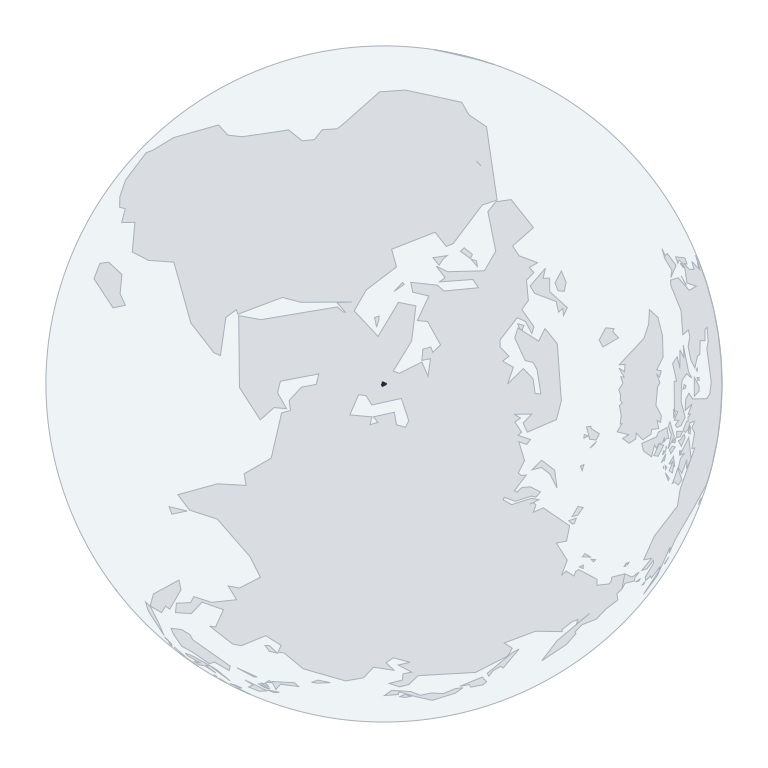 Tavush highlighted on a globe, orthographic projection, rotated 112°
{"feature_id": "ARM-1670", "entity_name": "Tavush", "entity_type": "Province", "adm_level": 1, "iso_a3": "ARM", "parent_name": "Armenia", "parent_adm1": "", "projection": "orthographic", "projection_center": [45.046, 40.964], "detail": "fine", "context": "on_globe", "style": "filled", "palette": "slate", "viewbox_px": 768, "rotation_deg": 112, "n_neighbors": 0, "source": "natural_earth", "source_scale": "10m", "svg_char_len": 11688}
<svg xmlns="http://www.w3.org/2000/svg" viewBox="0 0 768 768"><g transform="rotate(112 384 384)"><circle cx="384" cy="384" r="338" fill="#eef3f6" stroke="#a8b0b8"/><path d="M336.6,49.4L337.5,49.3L349.1,48.0L356.1,47.4L381.3,50.3L418.6,55.7L434.0,56.2L427.8,57.7L459.3,58.8L481.8,64.6L454.1,59.1L449.6,59.5L463.8,63.4L462.2,64.8L468.2,67.8L465.0,69.4L449.1,67.0L446.7,68.2L456.9,71.0L460.1,75.1L445.5,70.6L449.7,77.4L423.8,76.4L387.3,66.2L370.6,70.0L326.9,71.9L328.6,74.3L313.1,77.7L309.2,82.1L302.2,82.0L305.2,85.7L312.4,85.0L316.1,86.6L314.5,89.4L305.3,89.4L304.7,88.1L301.2,89.6L297.2,88.6L298.3,90.6L287.3,90.9L295.7,94.8L284.9,98.6L278.3,97.8L282.3,92.3L276.8,79.4L271.3,78.2L259.6,81.3L230.4,97.8L223.0,99.4L210.5,105.6L213.0,106.8L223.7,102.6L225.3,107.1L238.2,102.3L240.7,103.8L252.6,101.8L247.1,108.3L235.4,116.0L225.2,118.3L219.8,122.1L226.5,125.4L204.7,136.0L185.5,154.7L180.3,157.2L175.3,151.0L182.8,136.1L176.4,131.1L176.8,141.0L163.7,148.5L160.0,152.9L158.5,156.8L162.0,156.8L156.8,161.2L154.4,152.2L159.2,148.1L159.9,150.7L163.3,144.1L161.6,139.5L155.1,144.5L159.5,134.7L154.9,138.4L153.3,138.8L160.3,133.4L147.8,143.4L150.0,140.2L169.7,122.7L190.7,106.8L212.9,92.6L236.2,80.1L260.3,69.5L285.2,60.9L310.7,54.1L336.6,49.4ZM46.6,402.1L47.8,416.0L52.4,445.5L55.1,461.2L55.3,462.4L49.6,432.4L46.6,402.1ZM359.5,47.2L349.5,48.0L339.6,49.0L348.1,48.0L359.5,47.2ZM378.0,47.3L372.9,47.6L370.4,46.9L374.1,46.9L378.0,47.3ZM445.3,56.7L437.5,55.1L445.6,56.3L445.3,56.7ZM469.5,68.0L472.3,68.2L474.2,69.7L469.5,68.0ZM254.8,98.4L253.6,100.0L252.0,99.5L254.8,98.4ZM261.0,96.2L259.8,94.5L262.6,93.2L263.2,94.3L261.0,96.2ZM471.1,73.8L473.4,76.7L468.3,73.3L471.1,73.8ZM261.7,98.7L267.7,91.2L272.6,89.2L279.1,91.7L261.7,98.7ZM472.9,78.1L478.6,85.9L485.1,86.6L469.8,89.6L470.1,81.6L462.8,77.0L469.7,78.9L472.9,78.1ZM315.3,83.7L307.7,84.5L315.5,81.4L315.3,83.7ZM319.5,81.4L338.4,71.2L349.0,71.9L340.5,74.9L355.3,74.4L351.2,79.7L342.1,81.2L336.1,79.5L339.1,83.0L319.5,81.4ZM460.5,90.5L459.5,92.3L457.5,90.0L460.5,90.5ZM318.2,87.0L321.1,84.7L330.4,85.0L326.4,89.9L324.6,88.2L318.2,87.0ZM361.3,71.9L367.5,73.4L365.9,78.0L368.1,79.3L352.0,80.0L361.3,71.9ZM321.7,89.5L324.1,92.5L318.2,94.9L316.0,89.4L321.7,89.5ZM334.6,83.2L338.8,83.7L335.1,84.9L334.6,83.2ZM298.7,106.2L302.0,102.8L307.1,102.6L298.7,106.2ZM325.3,93.4L327.3,92.6L329.7,92.3L330.0,94.8L325.3,93.4ZM352.0,83.4L350.0,85.2L358.4,83.3L357.6,87.1L347.0,87.0L351.2,88.6L350.9,89.8L342.6,88.5L352.0,83.4ZM337.6,96.5L323.8,98.4L316.7,104.5L311.9,104.7L324.3,95.0L337.6,96.5ZM341.2,91.9L337.9,94.7L333.6,93.3L333.3,90.4L341.2,91.9ZM360.8,89.9L364.8,84.0L367.0,84.3L360.8,89.9ZM336.3,98.5L339.7,98.0L336.3,99.1L336.3,98.5ZM354.2,92.7L355.3,90.5L357.8,90.8L354.2,92.7ZM345.4,99.2L340.9,99.7L340.6,97.6L345.4,99.2ZM350.1,96.4L353.1,97.5L343.1,96.6L350.2,95.3L350.1,96.4ZM356.3,93.4L358.1,92.9L355.5,94.3L356.3,93.4ZM349.3,107.0L336.7,106.4L335.9,101.7L348.2,102.8L349.3,107.0ZM103.4,474.1L93.7,417.5L102.6,406.2L107.1,385.3L171.0,348.1L181.3,360.0L227.9,372.5L233.1,377.8L224.1,393.5L256.2,427.4L270.8,416.3L303.4,435.7L327.4,439.0L342.1,407.3L302.9,401.2L299.6,383.7L333.8,374.5L368.6,380.3L368.4,373.8L349.4,357.1L360.3,346.1L343.1,350.4L347.9,357.7L337.2,361.0L332.2,354.5L336.3,350.6L326.6,346.2L309.7,367.0L312.7,376.8L285.6,375.4L288.1,391.8L279.7,397.2L272.4,371.6L275.4,363.4L259.4,332.5L253.8,340.7L268.5,370.8L262.6,367.1L255.1,379.7L256.1,367.2L241.5,333.4L219.0,330.1L185.2,352.3L173.1,348.5L165.4,335.2L183.0,304.1L207.9,316.5L214.5,306.8L214.0,287.1L221.6,292.9L224.5,286.8L234.3,290.8L252.6,281.4L263.3,284.1L274.8,266.4L281.9,265.8L273.1,276.1L272.6,285.3L299.7,292.9L306.2,290.2L311.5,278.5L318.3,282.6L320.0,270.3L337.7,269.4L317.5,260.6L323.2,247.9L336.2,240.3L334.4,234.9L313.3,247.4L308.1,254.0L309.4,261.9L292.2,280.1L281.9,280.7L286.3,256.7L272.3,255.5L281.8,238.4L333.1,213.3L352.4,210.8L375.0,233.1L368.1,240.4L356.5,235.7L363.2,251.6L364.6,244.7L370.2,248.5L377.1,238.3L381.4,240.6L380.6,227.4L386.6,229.1L387.0,237.4L402.4,225.0L416.1,226.2L417.5,222.4L415.1,218.0L434.2,223.1L434.4,220.1L428.2,217.2L424.5,209.6L425.5,198.5L432.0,200.9L432.6,205.2L443.6,218.3L444.0,230.1L446.8,230.1L448.0,220.4L434.6,204.3L433.3,197.0L440.7,203.7L437.9,200.7L439.3,197.8L446.9,197.5L439.2,189.9L445.9,158.8L461.2,155.9L467.0,164.6L478.7,148.1L495.0,147.8L489.2,144.9L490.9,136.1L485.8,136.0L483.2,134.0L485.2,113.4L490.8,111.1L485.2,100.6L482.2,99.4L477.8,100.4L469.8,89.6L485.1,86.6L491.1,89.5L496.6,86.3L509.3,93.8L522.4,99.1L533.1,110.3L542.5,114.1L543.6,112.5L557.2,117.3L581.5,134.0L557.0,127.3L519.7,107.4L534.5,115.6L529.7,116.1L534.2,120.8L544.8,126.9L546.9,126.1L556.5,151.0L579.1,175.5L581.0,166.1L589.7,167.3L617.1,191.0L641.6,243.1L653.4,248.5L659.0,256.1L659.7,267.1L651.5,256.0L645.6,257.8L640.8,250.4L639.2,265.5L632.3,255.6L634.4,272.9L641.7,277.7L645.7,267.4L650.5,287.7L664.0,292.8L673.7,308.4L678.3,352.2L670.8,375.7L672.1,381.8L664.9,381.5L661.7,399.4L680.1,418.2L681.8,427.0L673.7,455.0L672.4,449.1L653.4,448.3L654.4,471.0L669.0,476.6L674.1,491.7L665.0,494.3L659.2,481.4L652.4,480.6L651.0,461.9L639.2,439.8L629.6,452.8L627.3,441.5L609.5,426.2L594.1,443.8L571.7,488.0L573.8,517.0L563.8,533.7L538.9,500.9L529.7,473.9L519.6,480.0L495.0,460.8L449.1,468.1L443.7,460.8L434.8,465.7L417.7,459.3L409.8,446.7L399.0,448.2L420.3,481.1L432.0,479.4L443.4,465.1L447.0,477.0L463.6,485.3L441.3,516.7L375.0,544.3L370.5,522.3L330.1,456.3L332.4,449.0L332.3,448.2L331.9,446.6L326.2,458.1L320.0,444.5L339.4,491.7L341.8,510.7L374.0,545.5L370.5,548.8L381.5,555.6L418.9,546.3L418.7,553.4L399.8,585.9L349.7,624.5L357.6,648.6L355.9,666.8L327.4,675.5L332.6,687.7L318.3,689.6L319.2,695.3L309.2,699.1L291.5,700.0L258.5,691.1L254.2,686.2L234.3,671.3L205.8,634.4L211.8,622.1L207.9,608.2L184.2,567.6L189.2,551.0L183.5,540.1L171.3,536.4L164.9,523.0L157.7,518.9L114.8,497.5L103.4,474.1ZM145.4,375.7L142.8,381.6L142.7,381.7L145.4,375.7ZM403.4,403.5L425.5,404.1L419.0,382.9L427.0,381.7L421.8,375.3L418.4,381.5L406.3,363.8L417.1,357.2L416.1,347.9L408.7,347.3L390.9,362.5L408.0,387.4L401.5,396.3L403.4,403.5ZM163.9,149.0L163.9,149.9L161.4,154.3L160.5,153.2L163.9,149.0ZM162.8,170.3L154.4,177.0L159.8,171.1L156.9,170.3L164.6,157.6L178.0,157.9L170.6,159.7L162.8,170.3ZM178.7,141.7L172.3,149.1L178.8,141.1L178.7,141.7ZM230.5,251.5L232.3,257.5L226.3,263.3L212.8,261.9L221.4,253.3L230.5,251.5ZM236.4,264.8L244.5,242.6L253.2,243.2L246.9,246.5L251.9,249.1L243.1,255.2L243.5,278.4L238.3,285.2L216.2,277.7L226.3,276.1L223.9,270.1L236.4,264.8ZM249.8,191.5L253.4,183.8L267.6,194.9L262.6,201.0L248.8,199.4L246.6,191.5L249.8,191.5ZM272.0,105.5L272.5,103.2L275.1,103.0L276.8,104.8L272.0,105.5ZM299.8,104.7L272.7,116.0L271.8,113.7L256.9,124.1L248.9,122.3L258.8,115.5L241.5,122.4L247.3,115.6L235.8,121.1L258.7,106.1L263.2,100.9L261.2,107.3L268.5,108.9L272.9,108.0L289.0,101.9L302.1,92.3L311.4,93.0L314.5,96.1L312.7,98.5L307.2,97.1L308.8,101.4L299.6,101.3L299.8,104.7ZM345.0,142.3L339.3,138.0L341.0,149.9L331.7,148.5L332.5,150.0L324.4,152.2L315.9,157.6L312.2,156.0L310.5,158.9L305.1,160.7L301.5,164.2L293.6,162.8L288.6,167.2L287.7,164.0L281.2,172.1L282.5,165.6L275.6,167.8L278.0,173.0L244.2,160.1L229.0,161.1L215.6,165.8L219.7,154.9L234.9,143.9L254.6,135.3L268.6,136.5L268.0,131.8L274.5,131.1L272.3,135.1L279.6,128.6L284.3,129.3L301.9,123.9L309.4,115.0L316.0,113.2L315.4,117.0L322.4,112.6L325.8,118.7L330.6,117.7L338.8,123.2L335.0,131.8L340.7,130.0L347.2,134.6L345.0,142.3ZM351.3,108.7L348.8,118.4L342.5,122.7L330.9,111.5L326.0,111.6L318.4,105.4L327.7,99.6L329.0,101.8L332.5,102.6L328.2,104.1L334.2,103.6L336.2,106.8L341.5,107.4L339.2,110.3L351.3,108.7ZM241.3,373.5L245.7,375.9L253.2,377.5L248.6,385.9L241.3,373.5ZM230.8,350.6L235.2,351.0L232.3,362.8L227.7,360.7L230.8,350.6ZM240.0,341.6L235.6,350.1L235.2,344.2L240.0,341.6ZM277.3,276.1L282.3,276.2L281.9,279.1L278.0,282.6L277.3,276.1ZM347.9,180.2L345.7,176.4L347.7,175.3L349.5,165.7L356.5,166.4L358.2,172.5L347.9,180.2ZM334.1,412.2L325.8,417.6L322.8,414.0L326.3,412.8L334.1,412.2ZM284.1,402.6L294.4,409.3L282.8,404.8L284.1,402.6ZM355.8,179.4L355.8,175.3L359.3,178.3L355.8,179.4ZM361.8,166.6L366.3,169.1L357.6,165.5L361.8,166.6ZM414.9,663.8L395.0,692.4L378.6,692.6L374.2,685.0L380.6,668.0L399.2,662.5L407.9,653.3L414.9,663.8ZM704.2,486.9L706.5,482.0L706.2,483.3L704.2,486.9ZM702.0,489.1L705.2,482.7L700.8,492.8L702.0,489.1ZM706.4,480.2L709.6,471.0L711.1,466.1L710.4,469.0L706.4,480.2ZM699.5,493.7L682.9,517.3L675.5,523.4L678.0,517.0L690.1,503.3L699.5,493.7ZM677.4,517.6L665.0,519.1L642.6,500.7L650.7,495.2L673.0,498.3L671.8,503.3L679.3,504.7L677.4,517.6ZM704.4,460.8L702.9,473.4L694.5,485.8L690.3,489.9L687.5,479.6L689.1,470.0L692.8,465.4L703.2,420.9L707.6,420.2L705.4,437.0L708.7,441.2L704.4,460.8ZM575.5,519.0L584.1,531.9L578.2,537.3L575.5,519.0ZM704.3,394.9L702.2,414.1L703.2,391.9L704.3,394.9ZM703.1,376.4L704.8,381.6L701.8,379.3L703.1,376.4ZM674.8,390.0L671.0,396.4L669.5,392.4L673.4,381.9L674.8,390.0ZM681.0,321.9L686.5,334.1L687.7,339.3L683.3,334.4L681.0,321.9ZM415.6,184.6L405.2,196.6L402.4,206.8L408.1,214.6L395.6,209.3L400.0,193.5L415.6,184.6ZM441.5,161.5L436.4,155.5L441.5,155.2L443.3,156.6L441.5,161.5ZM436.4,159.9L424.9,158.2L423.9,153.1L433.2,155.3L436.4,159.9ZM390.2,167.8L386.6,171.1L383.8,168.5L390.2,167.8ZM674.5,556.6L674.9,555.9L676.1,553.9L674.5,556.6ZM709.8,473.1L714.1,456.1L715.3,450.7L709.8,473.1ZM721.0,408.9L721.0,408.4L721.4,403.6L721.0,408.9ZM721.5,400.0L720.8,405.7L721.8,391.6L721.8,392.2L721.5,400.0ZM718.1,428.9L717.8,432.3L717.2,433.0L718.1,428.9ZM719.1,423.3L720.2,417.4L718.7,426.6L719.1,423.3ZM710.6,439.8L711.6,444.3L714.9,431.7L712.4,444.3L713.6,450.3L712.4,456.5L711.4,449.5L709.5,464.2L707.9,467.5L708.0,458.5L710.1,441.5L711.6,432.3L716.9,415.4L710.6,439.8ZM719.4,414.8L718.9,409.0L719.1,401.7L719.8,403.5L719.4,414.8ZM715.6,396.1L712.1,392.7L710.5,402.0L712.3,377.3L715.6,384.6L715.6,396.1ZM710.3,380.3L709.0,388.8L709.4,375.6L710.3,380.3ZM707.8,386.9L706.0,380.8L707.9,377.6L707.8,386.9ZM711.3,377.9L709.0,365.5L711.3,370.1L711.3,377.9ZM701.1,367.5L707.8,369.8L701.8,376.4L694.5,355.0L696.5,349.7L701.1,367.5ZM668.2,252.7L663.8,247.9L663.6,242.1L666.7,247.0L668.2,252.7ZM659.2,220.7L662.2,239.0L663.8,254.8L666.5,254.3L672.7,266.9L665.1,262.1L659.1,243.7L659.0,233.7L652.7,224.2L648.7,212.8L639.8,203.9L636.0,197.0L644.1,202.3L659.2,220.7ZM635.9,200.5L618.9,183.1L621.6,177.3L626.0,179.7L632.6,190.0L630.8,192.4L635.9,200.5ZM615.6,177.4L613.6,179.9L584.6,164.1L579.1,159.5L602.7,167.2L602.1,170.1L608.8,175.4L615.6,177.4ZM463.2,93.0L459.8,92.4L462.5,91.6L463.2,93.0ZM480.4,134.2L477.2,131.4L480.5,130.2L480.4,134.2ZM470.4,123.2L468.9,126.4L467.7,122.0L470.4,123.2ZM466.0,134.1L467.0,127.3L469.9,135.3L466.0,134.1Z" fill="#d9dde1" stroke="#a8b0b8" stroke-width="1"/><path d="M383.4,382.2L383.6,382.2L383.8,382.1L384.0,382.4L383.9,382.5L384.0,382.6L384.3,382.7L384.6,382.9L384.7,383.0L384.1,383.1L384.1,383.3L384.2,383.5L384.3,383.5L384.3,383.4L384.5,383.5L384.8,383.7L385.0,383.7L385.2,383.8L385.3,383.8L385.5,383.7L385.7,383.8L385.7,384.0L385.8,384.1L386.1,384.4L386.2,384.5L386.3,384.5L386.5,384.6L386.4,385.0L385.9,385.3L385.6,385.5L385.5,385.8L385.4,385.8L385.3,385.7L385.2,385.7L384.9,385.4L384.7,385.4L384.4,385.5L384.2,385.6L384.1,385.8L383.8,385.9L383.7,385.9L383.4,385.7L382.9,385.9L382.8,385.4L382.7,385.3L382.7,385.2L382.8,385.0L383.0,385.0L383.0,384.9L383.2,384.5L383.3,384.4L383.4,384.2L383.2,384.1L382.9,384.0L382.8,383.9L382.9,383.6L383.0,383.6L383.5,383.4L383.4,383.2L383.3,382.9L383.4,382.7L383.5,382.7L383.4,382.6L383.1,382.5L383.1,382.4L382.9,382.3L383.0,382.2L383.4,382.2ZM383.9,383.7L383.9,383.3L383.7,383.3L383.6,383.5L383.9,383.7ZM384.7,384.0L384.8,383.9L384.7,383.8L384.6,384.0L384.7,384.0Z" fill="#64748b" stroke="#1e293b" stroke-width="1.5"/></g></svg>